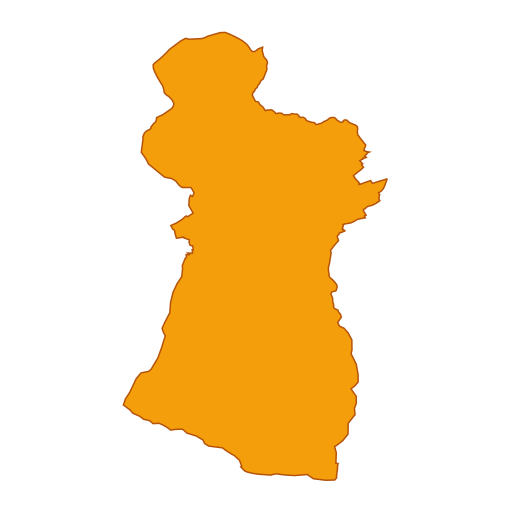 outline of Otelu Rosu, Caras-Severin, Romania, rotated 181°
{"feature_id": "2599482B58163307864274", "entity_name": "Otelu Rosu", "entity_type": "district", "adm_level": 2, "iso_a3": "ROU", "parent_name": "Romania", "parent_adm1": "Caras-Severin", "projection": "robinson", "projection_center": [22.358, 45.525], "detail": "fine", "context": "isolated", "style": "filled", "palette": "amber", "viewbox_px": 512, "rotation_deg": 181, "n_neighbors": 0, "source": "geoboundaries", "source_scale": "gbopen_adm2", "svg_char_len": 6089}
<svg xmlns="http://www.w3.org/2000/svg" viewBox="0 0 512 512"><g transform="rotate(181 256 256)"><path d="M384.1,110.7L386.0,104.7L379.5,100.1L376.3,96.6L369.8,93.9L365.5,90.8L359.7,89.6L355.9,86.6L349.9,87.0L347.9,86.2L345.3,85.0L342.8,83.6L340.5,82.1L338.2,80.4L335.3,81.0L332.2,81.3L329.2,81.5L326.2,81.4L321.9,77.7L312.4,74.9L305.8,71.1L304.2,67.7L299.9,65.1L286.2,63.6L283.4,61.5L280.4,59.6L277.4,57.8L274.2,56.1L269.0,51.5L266.6,45.6L267.6,45.0L263.7,41.0L260.9,39.8L255.3,38.6L250.3,37.9L237.5,37.2L234.7,38.0L231.6,38.6L227.4,38.0L223.3,37.6L219.1,37.4L214.9,37.2L213.0,37.2L201.0,38.4L194.7,34.3L182.5,33.0L173.4,33.4L171.5,35.7L171.6,37.6L171.2,41.6L170.8,44.6L170.9,46.5L170.3,50.0L172.5,50.1L172.3,60.8L174.1,66.9L171.7,68.3L165.9,73.0L160.9,79.5L160.9,90.4L154.2,99.1L154.9,105.4L153.1,110.6L153.4,117.5L158.7,124.8L154.9,127.9L151.7,131.8L151.8,139.1L153.9,149.6L159.2,159.9L158.4,163.8L158.7,173.8L162.6,180.8L166.7,185.3L171.3,187.3L173.2,191.1L169.6,196.2L170.3,198.5L170.9,199.8L171.8,200.5L172.4,201.3L173.2,203.4L176.2,204.6L176.8,205.1L177.4,206.0L177.6,207.4L177.5,208.9L177.7,209.6L178.3,210.8L178.5,212.3L178.7,215.1L179.1,216.5L179.8,217.8L180.3,219.0L180.4,219.8L179.5,221.4L177.8,222.0L176.6,222.2L175.7,222.5L175.3,222.9L174.4,226.1L174.6,228.3L176.2,230.5L178.5,233.1L180.2,234.6L181.8,235.9L182.4,236.7L182.6,238.9L183.4,243.2L183.4,244.8L183.3,246.3L182.3,250.5L181.9,253.9L181.4,256.8L180.9,260.6L181.6,262.5L181.6,262.8L178.5,267.1L175.1,271.3L173.8,272.7L173.9,273.5L174.5,275.1L175.0,275.8L175.0,277.3L174.9,277.8L173.6,278.9L172.9,280.7L172.6,280.9L172.4,280.7L170.8,281.1L167.5,282.7L167.7,282.9L168.0,283.1L168.9,283.9L169.3,283.9L169.6,284.2L169.8,284.2L170.1,283.9L170.3,284.1L170.0,284.5L169.9,285.2L169.8,286.0L169.7,286.2L169.4,287.3L169.4,288.5L169.0,288.8L169.3,289.1L167.7,289.6L161.9,290.7L159.4,291.8L155.9,294.0L155.2,294.3L154.0,294.7L147.4,296.1L148.0,297.2L148.4,297.7L148.0,298.1L146.6,298.7L146.6,298.9L147.4,299.7L147.9,300.5L148.1,301.3L148.8,302.1L149.0,302.5L149.3,303.4L149.5,303.6L149.5,304.0L149.3,304.3L148.6,304.9L147.9,305.1L146.5,306.5L145.9,307.0L143.8,308.0L141.7,308.4L139.8,309.2L136.8,310.8L136.3,311.1L136.1,311.6L135.3,311.8L135.0,312.1L134.9,312.4L134.0,312.7L133.1,313.5L133.9,314.7L134.1,315.0L133.8,318.4L133.5,319.0L133.4,319.4L133.6,319.8L134.4,320.8L134.6,321.2L132.0,323.0L130.4,324.8L129.3,326.7L128.7,328.3L128.3,329.0L127.7,331.0L126.2,335.3L126.0,335.5L137.4,331.8L140.9,330.6L141.9,332.2L142.3,332.7L142.7,333.4L148.8,331.2L153.7,329.2L154.3,329.5L153.7,330.5L158.9,336.0L158.7,336.3L160.0,338.0L159.7,338.5L159.3,338.8L158.2,339.5L155.1,342.2L153.4,343.4L151.1,345.6L150.0,346.6L152.1,349.1L150.9,350.1L154.0,353.1L151.7,354.4L150.8,354.8L151.1,355.3L150.9,355.7L149.8,356.0L148.7,355.9L147.4,356.5L148.1,357.1L149.2,357.6L146.8,360.3L146.1,361.2L144.6,361.9L146.9,362.2L148.4,362.8L148.6,362.6L149.5,363.1L150.1,363.6L148.4,367.9L148.3,369.1L149.9,370.7L151.2,372.6L152.2,373.5L156.4,379.1L156.9,382.0L156.6,384.1L156.6,385.0L156.7,386.0L156.9,387.1L159.0,388.8L160.6,389.2L162.3,390.0L164.3,390.7L165.7,391.7L166.2,392.2L166.5,392.4L167.3,393.3L168.9,393.6L169.7,393.6L170.4,393.3L171.1,392.7L171.5,391.5L172.1,391.3L173.1,391.2L173.8,391.3L174.8,391.7L177.4,393.3L177.8,393.7L178.5,394.7L179.4,395.4L180.1,395.7L181.3,395.9L181.8,395.8L183.5,395.7L184.7,395.2L186.8,393.4L188.2,392.6L190.7,391.5L192.3,390.2L193.4,389.7L195.3,389.3L196.4,388.8L197.7,388.5L198.2,388.5L198.7,388.8L199.4,390.0L200.1,390.4L200.9,390.5L202.4,390.6L207.5,392.1L208.2,392.5L208.3,393.2L208.6,393.8L209.3,394.4L211.1,395.5L214.0,395.4L214.5,395.4L215.1,395.7L215.6,396.9L215.9,397.4L216.9,398.1L217.2,398.5L217.8,398.6L220.7,398.6L221.8,398.9L222.9,399.0L223.5,398.7L224.6,397.8L228.0,397.7L229.5,397.6L230.8,397.7L231.5,398.1L232.5,399.0L233.0,399.2L235.3,399.3L236.9,399.1L238.0,398.7L238.7,398.8L239.1,399.5L240.9,401.0L242.5,402.2L243.1,402.4L247.4,402.1L247.9,402.0L248.6,401.5L249.0,401.5L249.4,401.7L249.9,402.6L251.0,404.1L252.1,405.5L254.5,407.2L255.1,408.1L256.0,409.7L256.5,410.1L257.0,410.3L258.7,410.5L259.4,410.8L260.8,413.6L261.6,414.8L262.3,416.7L262.5,417.7L262.2,418.4L261.7,419.2L261.4,420.0L260.4,420.6L259.7,422.9L257.7,424.5L257.5,425.1L257.4,425.8L257.2,426.5L256.7,427.1L255.8,428.0L255.2,428.8L255.0,430.0L254.4,430.9L253.5,432.0L252.5,432.6L252.0,433.0L250.7,436.3L249.6,439.4L248.6,441.7L248.4,444.0L248.8,445.8L248.7,446.7L248.3,447.8L248.0,448.8L248.0,449.9L248.4,451.2L249.1,452.5L251.7,455.5L253.4,461.4L253.0,464.9L257.3,463.2L260.5,460.5L263.0,460.3L264.7,461.7L266.6,464.6L268.8,467.4L273.5,471.0L277.6,473.3L281.9,475.4L286.2,477.3L290.7,479.0L295.8,478.7L308.2,474.9L309.6,474.1L311.2,473.4L312.8,472.8L314.4,472.4L326.6,471.6L330.2,472.4L335.0,469.7L346.1,461.1L349.0,457.8L354.2,452.7L356.4,450.7L361.0,446.9L362.2,445.3L361.8,441.4L359.9,437.2L357.8,433.2L355.5,429.4L352.6,425.0L351.8,423.2L351.3,421.5L350.9,419.7L350.6,417.9L349.7,416.7L348.6,415.7L347.4,414.8L346.0,414.0L342.6,410.5L340.8,407.2L341.2,404.5L343.0,401.9L352.0,395.4L354.8,394.2L357.8,392.6L358.1,390.1L358.9,388.1L360.9,386.4L362.0,384.6L362.8,383.9L363.3,383.2L363.1,382.3L364.6,380.5L366.2,380.0L367.7,379.0L369.7,377.0L371.2,373.4L371.0,371.3L372.5,357.6L369.0,353.0L367.6,350.8L366.3,348.6L365.3,346.3L348.9,333.3L341.5,331.9L337.6,329.6L333.8,325.1L331.0,323.2L322.2,323.3L319.0,318.2L320.4,314.4L322.6,315.6L323.8,312.1L324.0,305.2L319.6,297.8L325.0,294.0L326.3,294.8L327.4,294.3L330.5,291.3L336.1,287.6L341.7,285.0L339.6,281.3L337.9,280.1L337.4,277.5L335.9,272.4L328.6,273.6L328.4,272.8L323.0,271.1L323.0,270.3L323.2,269.0L322.9,267.6L322.2,265.8L320.8,265.1L319.5,265.0L318.8,261.2L320.0,261.1L319.4,257.8L324.4,257.7L323.2,256.6L322.6,256.4L323.0,256.0L325.9,256.1L325.5,253.3L326.8,252.3L329.5,245.2L329.2,242.3L329.9,234.0L334.5,226.8L338.4,218.0L340.6,208.0L341.2,197.8L346.0,188.1L348.6,182.1L348.0,180.2L347.3,178.3L346.4,176.5L345.3,174.7L348.9,162.3L352.3,152.4L358.9,140.9L361.2,138.8L368.9,137.1L373.6,131.3L379.8,117.6L384.1,110.7Z" fill="#f59e0b" stroke="#b45309" stroke-width="1.5"/></g></svg>